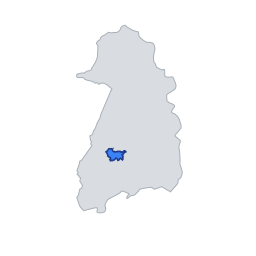 Kouritenga, Kouritenga, Burkina Faso (highlighted), rotated 113°
{"feature_id": "67063806B40595440400203", "entity_name": "Kouritenga", "entity_type": "district", "adm_level": 2, "iso_a3": "BFA", "parent_name": "Burkina Faso", "parent_adm1": "Kouritenga", "projection": "orthographic", "projection_center": [-0.33, 12.181], "detail": "fine", "context": "in_parent", "style": "filled", "palette": "blue", "viewbox_px": 256, "rotation_deg": 113, "n_neighbors": 0, "source": "geoboundaries", "source_scale": "gbopen_adm2", "svg_char_len": 6368}
<svg xmlns="http://www.w3.org/2000/svg" viewBox="0 0 256 256"><g transform="rotate(113 128 128)"><path d="M186.5,158.4L180.4,158.7L178.2,159.3L176.9,159.3L176.8,158.8L176.7,158.4L169.0,156.6L163.6,155.5L158.1,154.3L157.8,155.4L157.0,156.2L155.9,156.2L155.0,156.0L154.5,156.9L153.6,158.1L152.3,158.7L151.1,159.4L150.4,160.0L149.9,160.0L148.6,158.5L147.0,158.4L143.9,158.6L142.5,158.2L140.6,158.0L136.1,158.3L128.9,157.7L127.7,158.0L127.4,158.3L120.3,158.3L112.4,158.3L105.9,158.3L100.1,158.4L100.1,158.1L98.3,158.1L98.1,158.6L96.4,164.5L96.2,167.8L97.0,169.9L98.0,171.1L99.1,171.7L99.2,172.4L98.3,173.4L98.4,174.3L99.4,175.3L99.6,176.4L99.1,177.5L99.2,180.1L100.0,184.3L100.0,187.0L99.2,188.2L99.6,190.3L101.0,193.3L101.2,194.6L100.7,195.2L99.5,196.0L98.3,195.9L96.9,194.1L96.3,193.3L95.2,191.4L94.3,189.6L93.0,188.8L91.7,188.0L90.2,185.7L88.7,184.5L87.2,184.8L84.9,184.4L80.3,183.7L75.3,183.8L73.2,184.4L71.2,185.2L66.0,187.0L64.0,187.9L62.4,190.2L60.6,190.1L58.9,189.3L57.8,188.3L55.5,188.5L53.2,187.4L51.0,185.3L49.4,184.6L47.4,183.1L46.9,180.3L45.6,178.3L44.4,175.6L42.7,174.3L40.6,173.6L37.8,173.7L35.9,172.6L34.5,170.9L34.9,169.6L35.6,167.6L35.7,165.7L36.2,162.6L36.0,158.8L35.5,156.1L37.1,155.0L38.9,154.0L40.1,152.2L41.3,148.2L41.9,144.7L41.5,143.3L40.9,142.3L40.5,140.7L40.2,138.9L40.6,137.3L42.0,135.8L43.7,134.6L44.9,134.0L48.2,133.4L52.2,132.5L54.5,131.5L56.3,130.5L57.2,129.7L58.2,128.0L59.8,126.6L61.0,125.3L61.2,121.6L61.2,119.4L60.4,118.3L59.9,117.2L65.9,114.4L66.0,112.3L65.2,110.0L64.0,108.1L63.6,106.5L65.3,104.7L66.8,103.3L67.9,102.1L70.2,100.3L72.7,99.8L74.9,100.5L81.3,105.0L82.4,105.2L83.8,104.9L85.5,103.8L87.7,102.9L88.6,100.1L88.6,95.8L89.1,93.9L90.3,93.5L94.0,94.4L95.0,94.4L96.1,94.2L96.9,93.4L96.8,92.1L96.7,90.8L97.9,86.9L100.2,84.0L104.7,80.3L106.1,79.6L107.7,79.2L115.8,81.8L117.1,81.2L119.1,74.9L121.3,74.3L123.9,74.2L125.6,73.7L126.5,73.2L130.3,70.9L137.0,67.6L140.7,66.2L141.4,65.7L144.0,63.4L147.4,60.8L149.6,60.2L152.6,60.0L154.5,60.5L155.0,61.2L155.7,61.6L159.6,60.5L165.3,62.3L170.2,64.0L169.9,65.1L169.8,67.1L169.4,70.3L168.9,74.0L171.0,76.4L173.4,79.0L174.1,80.0L173.4,82.6L173.9,84.1L175.2,86.6L177.4,89.8L179.6,93.1L181.2,93.5L182.7,93.8L183.6,94.4L184.9,94.9L186.2,95.3L187.3,96.0L188.1,96.7L189.0,98.7L191.5,100.1L193.3,101.4L192.6,102.0L190.4,101.8L188.3,101.2L188.1,102.2L188.0,105.9L188.3,109.0L188.8,109.4L190.9,110.0L195.9,114.0L200.4,117.7L202.0,118.7L204.5,119.1L207.3,119.2L208.5,118.8L211.1,116.9L212.6,116.7L213.9,116.7L214.6,117.0L215.9,118.6L217.2,120.9L217.6,122.7L217.4,123.6L217.0,124.0L214.8,124.4L213.9,124.8L213.6,125.3L214.0,126.5L214.4,127.2L216.9,130.6L220.4,135.2L221.5,136.3L220.9,137.7L219.2,141.3L217.8,142.8L212.0,148.0L209.1,147.4L203.0,148.5L202.1,147.3L200.7,147.2L198.9,147.4L198.3,147.8L198.1,148.3L197.5,149.0L196.3,151.1L195.5,151.6L194.4,151.9L193.1,151.9L192.3,152.1L192.3,153.1L192.1,154.0L191.2,154.4L190.8,155.4L190.9,156.4L190.3,156.8L189.2,156.6L188.5,156.3L187.9,157.5L187.1,158.4L186.5,158.4Z" fill="#d9dde1" stroke="#a8b0b8" stroke-width="1"/><path d="M159.5,120.7L159.4,120.7L159.3,120.8L159.3,120.7L159.2,120.7L159.0,120.9L158.9,120.8L158.8,121.1L158.7,121.1L158.5,120.9L158.4,121.0L158.3,120.9L158.2,120.8L158.0,121.0L157.9,121.0L157.9,120.9L157.8,121.1L157.7,121.1L157.4,121.1L157.5,121.0L157.3,121.1L157.3,121.3L157.1,121.3L156.9,121.4L156.8,121.5L156.6,121.4L156.6,121.5L156.3,121.6L156.2,121.6L156.0,121.8L155.9,121.8L155.7,121.9L155.7,122.0L155.6,122.3L155.3,122.4L155.2,122.5L155.2,122.4L155.2,122.5L154.9,122.5L154.7,122.5L154.6,122.4L154.4,122.4L154.2,122.4L153.9,122.3L153.9,122.2L153.7,122.1L153.4,122.2L153.1,121.9L152.9,121.9L152.7,121.9L152.4,121.9L152.1,121.7L151.9,121.6L151.4,121.4L151.1,121.3L150.9,121.3L150.9,121.2L150.8,121.3L150.7,121.3L150.5,121.2L150.4,121.1L150.3,121.4L150.3,121.7L150.3,122.1L150.3,122.3L150.4,122.6L150.7,122.9L150.9,122.9L151.5,122.8L151.8,122.8L152.1,122.9L152.3,123.4L152.2,123.8L152.3,124.0L152.2,124.2L152.3,124.3L152.9,124.3L153.0,124.3L153.1,124.5L153.1,124.9L153.0,125.1L152.7,125.4L152.6,125.7L152.5,126.0L152.7,126.4L152.8,126.6L153.0,126.7L153.0,126.8L152.9,126.9L152.9,127.1L153.0,127.1L153.1,127.3L153.4,127.4L153.5,127.5L153.6,127.8L153.6,128.2L153.6,128.3L153.6,128.5L153.6,128.8L153.9,129.0L154.2,129.0L154.3,129.1L154.4,129.4L154.5,129.5L154.8,129.7L154.9,129.8L155.0,130.0L154.9,130.2L154.8,130.3L154.9,130.5L155.0,130.7L155.1,130.8L155.2,131.0L155.1,131.3L155.0,131.5L155.5,131.9L155.5,132.0L155.4,132.1L155.3,132.4L155.2,132.4L155.2,132.6L155.1,132.9L155.0,133.0L154.9,133.2L154.9,133.3L154.7,133.5L154.5,133.8L154.4,133.8L154.2,133.9L154.1,134.0L153.9,134.0L153.7,134.0L154.0,134.2L154.0,134.3L153.9,134.5L153.4,135.0L153.5,135.2L153.8,135.5L154.0,135.7L154.1,135.9L154.1,136.0L154.1,136.3L154.2,136.6L154.2,136.8L154.3,136.9L154.3,137.0L154.4,137.3L154.6,137.5L154.8,137.6L155.1,137.6L155.3,137.6L155.5,137.6L156.0,137.8L156.3,138.0L156.6,138.1L156.9,138.1L157.2,138.2L157.4,138.1L157.7,138.1L157.8,138.1L157.9,138.3L158.2,138.9L158.3,139.0L158.7,138.9L158.8,138.8L158.8,138.7L158.9,138.3L159.1,138.1L159.2,137.9L159.4,137.6L159.5,137.5L159.8,137.2L160.0,136.9L161.2,135.7L161.4,135.6L161.6,135.5L161.8,135.6L161.9,135.4L161.9,135.2L161.9,134.9L162.0,134.7L162.2,134.4L162.1,134.2L162.1,133.6L162.2,133.3L162.3,133.1L162.4,132.8L162.3,132.7L162.2,132.6L162.4,132.3L162.6,132.2L162.8,132.1L163.0,132.1L163.3,132.2L163.4,132.3L163.5,132.3L163.8,132.4L163.8,132.2L163.9,131.9L164.0,131.7L164.2,131.8L164.4,131.8L164.8,131.7L165.0,131.5L165.1,131.4L164.9,131.0L164.7,130.7L164.2,130.4L164.1,130.2L164.0,129.7L164.0,129.4L163.8,129.3L163.8,129.2L163.7,129.2L163.3,129.1L163.1,128.8L162.9,128.4L162.8,128.2L162.6,128.1L162.2,127.9L161.8,127.8L161.4,127.7L161.0,127.6L160.7,127.5L160.5,127.4L160.3,127.3L160.3,127.2L160.3,126.9L160.4,126.7L160.4,126.4L160.6,126.4L160.7,126.2L160.7,125.9L160.8,125.8L160.9,125.7L161.0,125.6L161.2,125.4L161.2,125.2L161.3,125.2L161.3,125.3L161.4,125.2L161.5,125.1L161.5,124.9L161.8,124.6L161.7,124.5L161.6,124.4L161.4,124.3L161.3,124.1L161.2,124.1L161.0,123.9L160.9,123.8L160.8,123.7L160.7,123.7L160.3,123.7L159.8,123.7L159.5,123.7L159.4,123.7L159.2,123.5L159.1,123.3L158.9,123.2L159.0,123.0L159.0,122.8L159.0,122.7L159.1,122.4L159.1,122.2L159.1,121.9L159.2,121.7L159.3,121.6L159.3,121.4L159.3,121.2L159.4,120.9L159.5,120.7Z" fill="#3b82f6" stroke="#1e3a8a" stroke-width="1.5"/></g></svg>